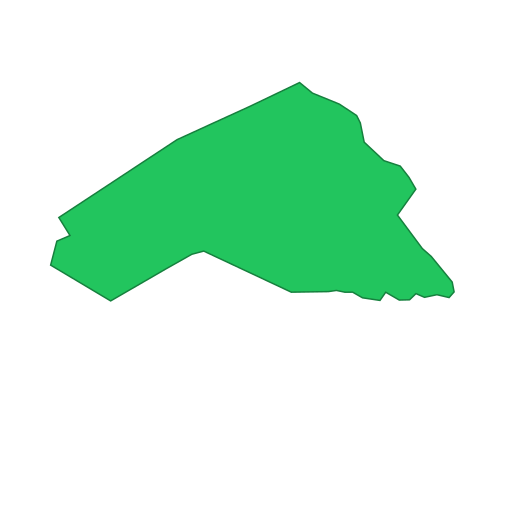 the district of Lagoa d'Anta, Rio Grande do Norte, Brazil, rotated 143°
{"feature_id": "56859067B71125649777264", "entity_name": "Lagoa d'Anta", "entity_type": "district", "adm_level": 2, "iso_a3": "BRA", "parent_name": "Brazil", "parent_adm1": "Rio Grande do Norte", "projection": "orthographic", "projection_center": [-35.638, -6.37], "detail": "fine", "context": "isolated", "style": "filled", "palette": "green", "viewbox_px": 512, "rotation_deg": 143, "n_neighbors": 0, "source": "geoboundaries", "source_scale": "gbopen_adm2", "svg_char_len": 680}
<svg xmlns="http://www.w3.org/2000/svg" viewBox="0 0 512 512"><g transform="rotate(143 256 256)"><path d="M183.7,145.9L174.2,149.0L168.1,134.6L159.7,128.6L150.9,129.7L146.3,121.6L134.8,116.2L126.8,106.6L119.4,108.1L115.0,117.1L116.3,150.1L118.7,161.9L118.4,203.6L88.1,213.2L86.5,226.7L86.7,241.0L96.5,255.2L101.1,281.8L92.6,299.5L91.1,307.6L98.0,327.1L112.9,352.1L116.8,368.3L170.4,379.1L212.5,388.4L248.9,396.4L291.3,399.1L324.6,401.2L390.3,405.4L392.2,384.3L406.1,387.7L425.5,372.3L399.1,307.6L336.4,300.0L306.2,296.0L294.8,291.4L249.6,205.9L219.6,184.0L212.5,180.1L206.7,173.5L200.6,169.0L196.1,158.5L183.7,145.9Z" fill="#22c55e" stroke="#15803d" stroke-width="1.5"/></g></svg>